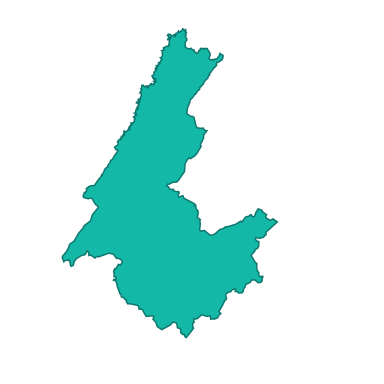 outline of Morona, Morona Santiago, Ecuador, rotated 214°
{"feature_id": "8360857B55598712606622", "entity_name": "Morona", "entity_type": "district", "adm_level": 2, "iso_a3": "ECU", "parent_name": "Ecuador", "parent_adm1": "Morona Santiago", "projection": "equal_earth", "projection_center": [-78.014, -2.429], "detail": "fine", "context": "isolated", "style": "filled", "palette": "teal", "viewbox_px": 384, "rotation_deg": 214, "n_neighbors": 0, "source": "geoboundaries", "source_scale": "gbopen_adm2", "svg_char_len": 6054}
<svg xmlns="http://www.w3.org/2000/svg" viewBox="0 0 384 384"><g transform="rotate(214 192 192)"><path d="M104.5,214.9L109.9,215.0L110.6,213.1L111.6,212.3L115.3,211.8L117.1,212.5L117.6,214.9L121.7,214.9L124.1,216.0L127.7,215.0L127.6,210.8L126.6,207.1L127.1,205.6L128.5,205.4L130.2,206.3L131.0,205.4L131.0,204.3L133.6,201.1L133.8,195.0L135.4,195.1L137.5,190.1L142.3,184.0L144.8,181.8L145.6,179.2L147.9,176.5L149.5,170.2L151.1,167.5L152.8,166.4L160.3,167.0L162.8,164.5L164.5,164.9L167.5,170.5L169.4,172.4L169.6,173.8L173.6,173.9L174.8,177.6L176.4,179.7L179.2,180.4L181.5,183.1L182.3,182.2L182.4,183.1L183.3,183.7L195.1,182.3L197.5,183.9L200.2,180.4L201.8,181.4L202.0,183.8L203.2,184.9L205.5,183.3L207.7,183.0L209.1,183.8L210.1,182.7L212.6,181.9L214.0,183.1L216.3,182.9L216.6,185.1L215.4,185.5L213.1,189.7L210.5,191.4L209.8,193.4L209.6,204.6L213.6,211.6L213.9,216.4L213.3,219.0L211.9,218.8L210.0,223.2L209.5,226.4L209.9,234.8L211.9,236.5L211.7,237.9L212.7,243.7L213.7,244.3L214.2,246.9L213.9,251.2L216.3,250.2L218.5,251.3L220.1,249.8L223.7,248.1L225.5,248.9L232.1,255.0L233.4,255.1L235.5,254.0L240.1,254.0L242.7,258.9L243.9,264.8L245.0,267.3L244.2,271.2L244.4,273.5L243.8,274.9L244.3,275.5L243.7,276.2L243.9,279.2L243.0,281.2L244.1,283.1L243.3,284.7L243.6,286.2L242.9,287.9L243.5,289.6L243.4,291.8L242.6,295.0L243.3,298.2L242.7,298.9L244.0,300.4L243.3,301.3L243.5,304.3L243.0,306.8L243.5,307.7L242.6,308.7L242.5,311.0L243.3,311.5L243.8,313.5L242.8,314.2L241.0,318.3L241.5,320.7L242.7,322.7L245.1,322.2L245.7,322.7L246.3,322.6L245.6,319.8L245.8,316.6L246.4,315.3L247.3,315.2L247.7,313.6L249.2,313.4L250.0,311.8L252.8,312.2L253.3,315.3L254.5,316.9L259.6,319.4L261.9,318.1L262.0,316.9L263.5,317.0L265.3,315.7L264.7,313.9L265.4,312.7L264.8,311.0L265.1,309.8L268.8,309.7L269.7,310.9L270.9,310.1L273.2,310.7L274.0,309.1L277.5,308.2L279.0,308.5L279.0,309.4L280.3,310.2L281.4,312.8L281.2,314.7L281.7,315.8L284.6,317.4L284.7,319.0L286.2,319.8L285.9,320.5L286.4,320.3L286.6,321.5L288.0,323.0L288.5,321.4L290.1,322.3L291.0,322.0L290.7,320.5L291.8,317.3L293.2,317.9L293.0,315.8L294.0,314.5L292.9,312.7L293.1,311.5L294.5,312.8L295.0,312.4L295.1,310.8L296.3,309.4L297.5,310.6L299.9,309.7L299.9,308.0L299.2,308.3L297.3,307.2L297.7,305.7L297.3,304.7L296.9,305.0L296.7,308.0L296.0,308.0L296.1,306.3L292.8,299.8L294.5,298.8L296.3,295.4L294.7,294.3L296.0,292.4L295.6,292.5L292.7,288.4L292.6,286.5L293.3,285.7L291.2,285.3L291.5,284.2L291.0,282.5L292.0,280.2L290.5,280.3L291.2,278.2L290.2,276.8L291.4,277.5L292.3,276.9L291.2,276.0L291.5,274.2L290.8,274.2L290.5,275.3L289.8,273.7L290.8,273.4L290.1,271.5L290.6,269.9L289.8,269.5L289.4,268.0L290.1,265.8L287.8,264.6L287.0,265.4L286.7,264.3L285.2,265.4L284.5,264.2L285.4,262.9L283.9,263.6L283.4,262.9L284.6,261.6L283.8,259.8L284.6,259.8L285.3,258.4L286.4,259.1L286.9,258.0L286.6,255.7L288.3,255.0L288.1,254.5L286.9,254.7L287.1,253.3L289.3,254.2L289.8,252.8L292.5,253.2L293.2,252.1L292.1,250.4L292.1,248.9L290.9,248.9L290.7,245.0L289.6,245.8L288.0,243.7L287.5,241.4L286.8,241.0L287.4,239.5L288.0,239.6L288.3,238.2L287.3,237.4L286.4,238.9L285.7,237.6L286.1,236.3L287.1,236.9L287.1,235.5L288.0,235.7L288.0,234.8L285.3,235.5L284.7,234.2L285.2,233.6L284.4,232.6L285.2,231.1L284.6,231.7L283.3,231.2L283.4,230.2L284.2,231.0L284.7,230.5L284.1,230.0L284.4,229.0L283.7,227.1L282.9,226.2L283.8,225.2L282.7,225.3L282.3,224.4L281.8,225.3L281.0,225.0L282.4,221.3L280.3,221.3L280.2,219.4L279.3,218.8L279.4,217.3L280.3,215.8L279.4,215.6L279.4,214.2L280.6,214.4L279.6,213.5L280.3,212.9L280.4,210.8L280.2,209.9L279.6,211.1L279.4,209.9L278.4,209.0L279.5,208.2L280.4,204.7L282.5,204.6L282.0,203.5L281.4,203.5L281.7,202.6L281.0,203.3L280.9,202.5L280.4,202.5L280.3,201.7L281.1,201.7L281.2,200.4L279.9,200.8L280.7,198.0L281.5,198.2L281.2,197.4L280.6,197.5L281.1,196.2L280.3,196.2L280.5,195.3L281.4,194.9L282.0,193.3L281.7,191.7L280.8,192.0L279.8,189.6L281.3,185.9L278.8,184.5L276.8,185.3L276.3,184.3L276.6,178.7L276.2,174.2L277.2,172.6L276.6,172.0L276.5,166.3L275.8,165.7L276.7,164.0L277.0,162.1L275.8,156.0L276.6,156.0L275.9,153.6L276.4,151.2L276.6,142.4L279.1,141.0L280.7,138.5L280.5,137.3L281.2,137.0L281.5,135.6L279.9,134.1L280.8,131.1L280.2,131.2L280.5,129.8L280.0,127.6L278.5,126.9L274.2,128.4L272.6,130.5L271.5,130.8L265.2,127.8L261.9,127.5L261.0,126.6L261.9,117.7L260.0,111.3L262.6,103.5L262.1,101.4L262.9,94.5L262.3,85.3L264.3,80.1L263.4,77.7L262.8,72.9L263.4,66.1L262.6,64.8L259.2,62.5L259.2,63.8L256.8,66.3L256.1,66.0L255.2,67.0L251.5,63.0L250.5,62.9L249.5,64.8L250.9,69.4L250.2,73.1L247.8,78.2L245.8,79.8L245.8,84.6L244.1,84.3L241.9,81.7L240.6,83.1L235.5,83.0L235.0,85.1L233.1,86.1L226.7,94.8L222.4,96.5L217.4,94.7L216.6,95.7L214.2,96.1L212.2,96.1L210.5,95.0L210.5,91.4L212.5,90.9L212.2,85.6L213.2,85.2L212.3,81.8L211.3,81.5L209.3,78.2L207.5,79.1L206.2,76.9L207.9,75.9L207.9,75.0L205.6,75.7L204.2,74.9L200.3,71.3L194.6,67.2L193.3,67.1L191.9,65.5L189.8,66.2L186.7,65.4L185.9,65.8L184.9,64.3L182.6,63.3L181.1,64.6L173.2,67.8L170.1,65.2L168.4,66.7L167.1,66.6L160.5,63.2L155.9,67.0L154.5,67.5L153.7,66.9L153.3,64.7L149.2,63.8L145.6,61.0L140.1,61.0L135.6,69.6L135.1,73.4L132.0,74.7L130.6,74.0L128.2,71.3L125.4,72.1L123.7,70.9L122.9,69.2L120.1,68.6L118.6,69.6L116.7,68.0L115.3,68.2L114.5,79.8L117.0,81.7L117.9,83.4L117.4,85.4L118.4,85.8L119.6,88.1L118.4,88.4L116.8,90.0L115.3,95.7L110.5,97.1L107.8,99.4L105.3,97.0L103.5,98.9L102.5,98.9L100.4,102.1L100.8,104.8L100.1,107.3L103.0,108.0L103.1,113.0L104.0,119.6L103.6,122.8L106.0,124.8L106.8,126.5L106.5,127.6L105.5,129.7L104.2,130.7L104.0,133.5L102.6,135.4L101.6,135.8L100.6,133.7L98.7,134.6L96.7,134.4L94.2,136.3L93.9,138.2L95.1,141.0L94.9,143.2L95.7,145.6L93.2,149.7L93.4,152.2L90.9,154.2L86.4,153.8L84.5,155.5L84.1,157.6L85.2,159.1L85.8,161.3L86.5,161.7L87.6,160.0L89.9,160.1L91.7,162.7L93.4,163.0L95.7,164.9L98.3,169.0L99.9,168.9L107.4,172.4L107.6,173.6L106.8,177.7L107.5,179.4L106.2,182.1L106.4,184.3L108.9,188.3L111.2,187.5L113.5,188.6L113.4,189.9L110.2,191.3L107.5,194.3L107.2,196.1L107.6,197.2L106.7,197.9L108.2,200.0L104.5,214.9Z" fill="#14b8a6" stroke="#0f766e" stroke-width="1.5"/></g></svg>